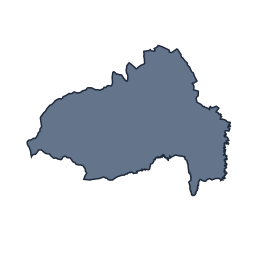 Chiang Kham, Phayao, Thailand (Robinson projection), rotated 171°
{"feature_id": "78962969B51854654401236", "entity_name": "Chiang Kham", "entity_type": "district", "adm_level": 2, "iso_a3": "THA", "parent_name": "Thailand", "parent_adm1": "Phayao", "projection": "robinson", "projection_center": [100.283, 19.484], "detail": "fine", "context": "isolated", "style": "filled", "palette": "slate", "viewbox_px": 256, "rotation_deg": 171, "n_neighbors": 0, "source": "geoboundaries", "source_scale": "gbopen_adm2", "svg_char_len": 5595}
<svg xmlns="http://www.w3.org/2000/svg" viewBox="0 0 256 256"><g transform="rotate(171 128 128)"><path d="M179.7,84.2L173.6,82.6L171.3,82.8L164.2,82.6L160.1,83.4L158.8,83.0L158.2,82.2L156.3,81.4L155.7,80.2L154.3,79.4L151.3,79.1L146.7,81.4L141.6,82.3L138.7,82.1L137.3,83.0L136.2,82.6L135.4,83.4L134.1,83.5L133.1,84.0L132.4,83.6L132.1,83.9L131.1,83.7L130.1,82.8L129.9,82.3L127.5,82.2L125.9,82.3L126.1,83.8L121.8,84.2L121.3,83.8L120.9,84.6L120.7,84.4L120.6,84.7L120.4,84.2L120.2,84.6L119.9,84.3L118.6,84.5L118.3,84.8L117.7,84.0L117.6,84.3L117.4,84.1L116.7,84.4L114.7,83.6L113.8,83.7L113.2,84.0L111.2,88.9L109.7,89.1L108.7,89.8L108.5,90.4L107.7,91.0L107.4,92.6L106.0,92.5L105.9,93.7L105.6,94.0L105.4,93.8L105.1,94.4L104.8,94.5L103.8,94.6L103.7,94.0L103.2,94.3L102.8,94.1L102.4,94.4L102.3,93.8L102.0,93.8L102.0,94.3L100.6,94.2L100.0,94.7L100.2,94.0L99.1,94.5L99.2,94.0L98.8,93.8L98.5,94.8L97.5,94.9L97.8,95.9L96.9,96.0L96.6,95.5L97.0,95.2L97.0,94.8L96.7,94.9L96.7,94.6L96.2,94.3L96.6,94.0L96.3,93.2L95.8,93.2L95.8,92.8L95.0,92.6L94.6,92.1L94.2,92.4L94.0,91.9L94.3,91.3L93.7,90.9L93.7,90.3L93.2,89.9L93.0,90.4L93.3,91.3L92.8,91.9L92.2,91.7L91.6,92.0L91.1,91.7L90.5,92.0L90.7,92.7L91.1,92.8L91.0,93.5L90.5,92.7L89.2,92.6L85.5,93.9L83.6,93.3L82.7,92.7L82.0,92.8L81.2,92.2L78.5,91.7L77.6,90.9L76.6,90.9L76.4,89.4L76.6,88.8L76.2,87.9L74.9,86.8L75.0,85.9L74.8,85.4L74.8,83.7L74.5,83.4L74.5,82.7L74.9,74.5L74.7,73.9L73.8,73.7L74.0,72.8L73.5,72.1L73.7,70.8L73.4,70.4L73.6,70.1L73.4,69.4L73.9,68.7L73.7,68.0L74.3,66.4L75.8,65.6L76.4,65.0L75.9,61.1L76.4,57.7L75.8,56.2L76.1,55.4L75.7,55.1L75.7,54.0L75.4,53.5L75.7,52.2L74.8,51.2L72.7,51.3L72.3,51.5L71.8,52.5L71.3,52.7L71.5,53.3L71.3,53.8L71.0,53.8L70.2,55.0L69.3,55.7L69.4,56.2L69.1,56.3L68.4,57.6L68.7,57.8L68.7,58.7L68.2,59.3L68.4,59.7L68.0,60.4L67.4,60.3L67.3,60.6L66.8,63.5L64.9,66.0L61.5,63.7L60.0,63.3L59.3,63.5L57.8,64.8L55.0,65.2L53.3,63.6L49.5,64.4L46.0,64.0L44.8,62.9L44.6,61.9L44.4,62.2L43.7,61.9L43.2,62.7L42.5,62.1L42.6,63.8L42.3,64.2L41.0,62.9L40.3,63.2L41.0,63.5L40.4,64.3L41.1,64.7L40.5,64.9L40.2,66.0L39.3,66.2L39.2,67.5L38.5,67.1L37.4,68.0L38.3,69.4L39.6,69.5L40.0,69.9L38.8,71.0L39.3,72.0L39.1,72.4L37.0,73.4L37.2,74.3L38.1,74.8L38.5,75.5L37.9,75.9L37.4,75.1L36.3,76.1L36.1,76.7L36.3,77.4L37.6,77.6L36.9,79.1L37.4,79.6L37.3,80.6L37.8,80.8L37.9,81.4L36.8,82.2L36.2,82.0L36.2,81.3L35.2,81.4L35.0,82.2L35.8,82.8L35.0,84.0L34.9,85.0L35.7,84.7L35.8,85.9L36.3,86.4L37.4,86.1L37.8,86.4L36.1,87.9L36.1,88.3L36.9,89.0L36.8,90.6L36.3,90.8L36.3,90.3L35.7,89.7L35.0,91.1L35.3,91.7L35.9,91.3L36.4,91.4L36.0,92.6L36.6,93.5L36.1,94.0L35.7,93.7L35.0,93.7L35.1,94.8L35.7,95.8L35.1,96.5L35.4,97.4L35.3,97.8L34.8,98.2L34.0,97.9L33.7,98.1L33.4,97.0L32.0,96.7L31.5,96.3L31.1,97.0L31.5,97.7L31.9,97.4L32.5,97.7L32.3,98.0L32.8,98.5L32.6,99.1L32.8,99.8L30.7,99.7L30.4,99.9L31.0,100.9L30.8,101.5L31.3,103.1L32.3,103.4L32.7,104.6L33.2,104.8L33.9,104.4L34.3,105.1L33.3,106.4L32.9,106.2L32.7,105.5L32.0,106.3L32.0,106.8L33.0,108.7L32.4,109.8L30.9,110.0L29.2,109.2L28.5,109.5L28.4,110.1L27.6,111.2L28.5,112.5L29.1,112.7L29.1,113.7L28.6,113.9L26.7,113.4L26.6,113.9L27.3,115.1L28.1,115.4L27.9,115.8L27.0,116.0L26.3,116.8L26.1,117.5L28.9,118.4L30.1,120.2L31.6,121.2L33.6,122.1L34.8,122.0L35.5,122.4L33.8,124.8L34.7,125.4L34.0,126.7L34.5,127.3L35.0,126.9L36.4,127.9L36.1,128.3L36.9,129.2L38.5,130.2L35.2,133.4L37.4,135.7L40.2,135.0L42.8,135.0L43.1,136.2L44.3,135.7L44.6,133.5L47.0,135.6L49.4,136.8L49.4,137.3L50.9,137.7L51.6,139.2L53.0,140.6L54.8,141.8L56.0,143.0L56.0,146.6L55.6,147.6L53.7,148.8L52.8,153.2L53.4,153.7L57.2,155.4L56.3,158.7L56.8,160.4L57.6,161.8L57.3,162.1L55.4,162.2L54.4,162.8L52.7,163.3L52.5,163.6L54.2,168.3L54.9,172.2L56.0,173.2L56.6,174.4L57.7,178.6L59.5,180.9L59.2,182.8L61.2,185.2L63.0,188.7L63.9,189.5L64.4,191.0L64.2,192.2L66.5,197.5L67.4,198.4L72.6,195.9L73.4,195.8L74.8,196.3L75.3,196.6L75.2,198.4L75.8,199.0L81.6,202.9L85.3,204.8L86.9,203.3L89.7,202.3L89.1,200.8L89.5,199.9L92.4,200.4L93.3,201.0L93.7,201.9L95.7,201.1L100.3,201.3L100.5,200.9L100.5,198.8L101.2,196.2L101.0,194.0L101.5,189.2L102.2,188.7L105.2,188.0L108.0,186.7L110.2,185.1L110.9,185.3L112.3,187.4L116.3,192.0L117.1,192.0L119.6,189.4L119.9,187.5L120.5,186.4L120.8,185.0L120.8,182.6L120.1,180.7L120.0,179.3L120.7,175.8L121.6,174.4L122.2,174.6L123.4,175.7L123.5,176.5L124.2,177.2L126.0,181.4L128.1,181.9L129.3,182.7L130.9,183.1L132.6,185.3L133.5,185.8L134.3,185.2L135.7,180.7L136.2,175.1L137.2,173.0L138.0,172.2L140.6,172.9L141.9,172.9L143.5,171.4L145.2,172.0L146.3,170.6L148.5,170.2L149.3,169.5L151.8,170.6L152.8,170.6L154.7,171.2L157.6,173.3L161.1,174.0L161.7,173.9L163.9,172.2L167.1,171.8L169.6,170.5L172.5,170.5L175.5,172.0L176.5,171.8L177.7,170.9L179.6,170.9L180.8,171.3L184.4,169.7L186.9,169.1L187.4,168.8L188.0,167.6L188.5,167.4L190.0,167.2L190.3,167.6L192.5,167.6L195.8,166.2L197.1,164.9L199.5,163.2L201.9,162.5L202.7,161.8L204.9,159.9L206.9,157.4L208.6,156.4L212.6,152.5L213.0,151.4L213.1,143.3L213.5,142.3L214.9,141.0L215.7,138.3L217.5,137.2L218.2,135.4L220.9,132.3L223.1,132.6L225.5,131.4L227.8,131.5L229.5,130.4L229.9,129.0L229.9,127.4L228.5,123.9L227.9,120.7L227.8,118.5L228.0,117.0L227.8,114.7L226.8,116.1L226.1,116.5L223.4,116.6L220.9,118.8L219.9,120.2L217.1,120.0L213.9,116.2L212.5,115.4L209.6,114.5L208.6,112.7L206.4,110.0L205.8,109.7L203.9,109.7L202.1,108.3L199.1,107.2L198.1,107.7L197.2,109.3L194.7,110.0L193.9,109.6L192.8,108.2L189.8,107.6L187.7,103.3L185.6,101.8L184.9,100.2L183.1,99.5L180.5,98.9L178.7,98.0L177.8,97.0L177.4,95.5L176.7,95.0L176.8,92.0L176.1,90.7L176.0,89.5L178.0,87.4L179.7,84.2Z" fill="#64748b" stroke="#1e293b" stroke-width="1.5"/></g></svg>